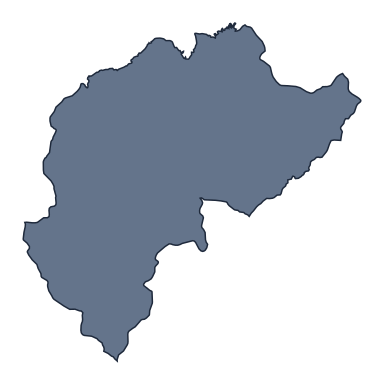 the district of Raman, Yala, Thailand
{"feature_id": "78962969B66156572835957", "entity_name": "Raman", "entity_type": "district", "adm_level": 2, "iso_a3": "THA", "parent_name": "Thailand", "parent_adm1": "Yala", "projection": "robinson", "projection_center": [101.443, 6.471], "detail": "fine", "context": "isolated", "style": "filled", "palette": "slate", "viewbox_px": 384, "rotation_deg": 0, "n_neighbors": 0, "source": "geoboundaries", "source_scale": "gbopen_adm2", "svg_char_len": 5769}
<svg xmlns="http://www.w3.org/2000/svg" viewBox="0 0 384 384"><path d="M342.6,73.5L340.3,74.5L338.1,75.9L336.5,77.3L331.2,85.2L329.6,86.0L327.2,86.6L322.7,86.7L320.5,88.7L316.9,90.0L314.0,92.4L312.3,93.1L310.6,93.2L306.5,91.7L300.2,87.8L295.9,86.5L288.1,85.8L281.3,85.5L279.6,84.8L276.3,81.6L273.2,77.2L272.3,75.1L271.7,73.1L270.4,67.4L269.5,66.0L263.5,61.3L260.7,59.8L260.1,59.3L259.8,58.4L259.8,57.4L260.4,55.8L261.7,53.8L265.1,51.0L264.8,47.9L264.3,46.0L262.2,41.5L256.3,35.2L251.6,28.1L250.1,27.1L246.6,26.4L245.0,24.9L242.6,26.3L239.8,29.8L237.4,30.9L235.3,31.2L235.4,30.3L236.2,29.2L234.2,28.5L233.8,27.3L234.1,25.6L235.6,23.7L235.5,23.3L234.8,23.0L234.0,23.7L233.8,24.8L232.6,26.9L231.5,24.4L230.5,23.5L229.8,23.7L230.2,25.0L231.4,25.9L231.1,27.8L230.2,27.0L229.6,25.5L229.0,25.2L228.6,26.1L228.9,27.4L228.8,28.4L227.8,27.3L227.1,27.0L226.7,27.6L227.0,28.5L225.5,28.4L224.9,29.0L224.8,30.1L223.9,30.5L223.4,30.1L222.5,28.4L222.2,28.5L221.5,29.6L221.5,30.3L222.2,31.3L222.1,31.8L220.7,31.3L218.3,31.1L217.5,31.7L217.6,32.4L218.4,33.5L217.4,34.5L216.5,34.7L215.3,33.6L214.4,33.9L214.3,34.5L215.7,35.6L215.1,35.9L215.5,37.0L215.3,38.0L212.9,37.0L210.9,37.3L210.6,36.9L210.6,36.0L209.0,35.3L208.6,35.8L207.8,35.6L206.6,34.4L202.1,33.6L199.5,34.0L195.9,33.3L194.9,33.5L194.8,34.0L195.6,36.1L196.4,40.4L196.7,43.0L196.5,44.4L195.8,45.3L195.1,47.9L193.5,49.8L193.9,51.2L193.8,52.1L193.1,52.5L191.8,52.1L191.5,52.2L191.6,54.9L190.1,56.8L189.1,58.6L188.3,59.2L185.5,58.9L185.7,57.4L185.5,57.0L184.7,58.3L183.9,58.3L181.2,54.1L181.3,53.7L182.9,52.9L183.5,51.8L183.5,51.3L181.9,52.2L181.0,52.3L180.4,51.7L180.1,50.6L178.7,50.5L176.6,47.5L174.8,47.6L174.2,46.6L172.4,42.1L171.6,41.3L169.9,40.6L165.9,40.6L163.8,38.9L161.8,38.4L159.9,38.1L156.1,38.3L154.8,38.7L152.0,41.4L151.2,41.6L151.4,42.8L149.6,43.4L149.0,42.8L148.6,43.7L147.5,44.5L147.2,45.6L145.3,48.6L141.0,52.8L140.1,53.3L139.4,53.0L138.9,53.2L138.6,54.1L138.0,54.6L138.1,55.5L137.7,56.3L136.7,56.2L134.0,57.2L132.5,59.1L131.3,59.7L130.9,60.9L132.0,62.0L131.6,63.1L128.6,63.9L126.8,66.0L126.1,65.9L123.9,67.2L118.5,69.3L117.4,70.5L117.0,70.4L116.8,69.8L116.0,69.5L113.9,69.9L112.6,68.4L109.6,68.6L108.1,69.5L105.6,69.5L102.6,70.4L101.4,70.1L99.5,70.7L99.3,71.3L97.8,72.3L96.7,72.3L91.5,76.0L90.2,76.0L89.6,76.5L89.3,76.0L88.7,76.1L88.5,76.8L87.8,77.5L87.5,79.0L88.8,80.3L88.9,81.3L88.8,82.1L88.1,82.9L87.6,84.4L88.0,85.8L87.9,87.1L87.6,87.7L87.0,87.8L86.3,87.0L85.6,86.8L84.8,85.0L83.7,84.1L83.0,83.6L81.8,83.6L81.0,84.0L80.2,87.2L78.9,89.3L77.1,91.4L72.2,95.8L65.3,98.0L63.9,98.9L61.8,101.9L56.0,107.1L54.3,111.5L50.3,116.9L50.0,118.2L50.0,121.0L51.0,125.5L51.3,126.3L52.8,127.2L54.0,128.5L55.5,129.2L56.0,129.7L56.2,130.6L55.3,132.9L53.2,137.0L52.5,139.7L51.6,140.6L51.0,141.7L49.5,152.6L46.8,156.1L46.2,157.4L44.9,158.2L43.6,160.8L43.3,161.9L43.4,170.1L43.9,173.5L51.1,180.9L53.0,184.1L54.0,186.3L54.0,188.8L56.0,196.1L55.6,197.6L56.1,202.9L55.9,204.7L54.5,206.1L50.9,206.8L49.3,208.3L49.0,210.3L49.3,214.3L49.1,216.5L47.5,217.7L43.6,217.8L37.4,222.4L35.1,222.8L32.3,222.8L26.6,222.2L24.8,222.4L25.4,224.1L25.2,226.8L24.0,232.3L23.2,239.1L23.5,240.0L27.1,243.1L29.4,246.4L29.4,248.4L27.6,250.9L27.3,251.9L27.7,252.8L28.7,254.9L32.2,259.8L36.9,264.4L38.2,268.6L40.9,273.5L41.2,276.5L41.8,277.4L47.0,280.5L47.9,281.8L48.0,283.2L47.6,284.8L47.7,286.7L48.8,290.8L51.8,295.8L52.8,297.9L54.0,299.3L64.2,306.2L69.7,309.3L75.0,309.2L79.4,310.8L81.4,311.1L82.8,312.7L82.3,315.4L82.6,319.4L82.4,321.5L81.6,323.4L81.1,325.5L80.9,330.3L81.3,332.8L82.6,334.6L84.2,335.4L91.6,336.2L97.1,338.7L98.4,340.3L102.1,342.9L102.6,345.0L103.7,346.9L104.2,349.0L103.8,351.3L108.1,353.4L111.5,356.1L113.4,356.9L114.7,358.8L117.2,361.0L117.1,359.7L118.6,354.9L123.5,351.0L127.1,345.1L127.8,343.5L128.0,341.6L127.8,334.2L128.1,332.4L129.1,331.0L132.6,328.4L135.2,326.8L141.0,320.1L142.1,319.5L144.5,319.2L146.4,318.0L149.1,315.3L149.4,314.6L149.7,310.5L152.3,303.2L152.4,301.9L152.0,291.8L151.6,291.2L149.8,290.4L143.8,285.6L143.6,284.7L143.8,283.9L145.4,281.8L148.3,280.7L151.2,278.8L152.5,276.8L154.8,271.9L154.8,267.4L155.9,265.7L157.8,263.7L158.3,262.6L158.1,261.5L155.7,259.7L155.3,258.9L155.5,257.1L156.2,255.2L157.5,253.0L165.0,246.6L169.1,243.9L171.1,244.0L172.8,244.7L175.4,245.2L177.8,245.2L180.1,244.5L182.3,243.4L192.8,240.7L194.3,241.1L195.6,242.4L199.0,248.9L201.0,250.9L202.8,251.4L204.5,250.8L205.4,250.0L206.8,247.7L207.6,244.3L206.2,242.2L205.5,239.8L205.1,232.5L203.6,229.6L201.9,227.6L201.6,226.6L201.6,225.4L203.4,217.8L202.8,216.0L200.1,213.6L199.7,212.7L199.6,210.5L200.0,208.5L202.2,204.4L202.6,202.8L201.9,200.7L200.1,198.2L201.2,197.9L201.9,198.1L204.4,199.8L215.6,200.3L220.9,200.9L226.2,201.9L227.1,202.5L227.8,204.0L229.2,205.7L234.1,209.5L234.8,209.9L238.0,210.4L239.6,211.9L243.8,212.5L245.1,213.8L247.7,214.8L249.2,216.4L251.2,213.2L253.6,210.7L256.6,206.8L258.5,205.0L260.8,203.6L263.1,201.1L266.7,198.4L269.4,198.6L272.5,198.2L274.2,197.5L277.1,195.1L280.2,194.9L281.1,193.6L282.2,189.5L283.1,188.1L285.6,186.0L286.2,184.0L287.9,182.8L287.8,179.9L291.3,179.1L292.6,176.3L293.2,176.2L294.6,176.9L295.1,178.3L295.5,178.6L298.4,178.3L301.2,176.5L302.4,175.2L303.4,174.8L304.2,173.5L304.2,172.7L305.8,171.4L308.5,170.9L309.2,169.7L308.7,168.1L308.9,167.2L310.1,165.1L310.6,161.9L311.7,160.8L314.4,159.4L316.4,157.4L318.2,157.1L320.0,157.5L322.0,157.2L326.5,151.6L327.5,149.7L329.5,143.9L331.1,140.6L334.1,140.0L340.7,140.4L341.7,133.9L342.3,131.9L341.6,130.3L340.8,129.3L340.6,127.9L340.9,126.9L343.8,123.4L344.4,120.8L345.5,118.7L348.5,118.7L350.7,115.3L353.4,113.4L354.5,111.8L356.4,106.1L357.5,104.2L360.4,101.8L360.8,100.9L360.7,100.2L359.1,98.5L357.0,97.0L352.0,94.0L349.2,91.5L348.4,89.6L348.2,88.2L348.5,82.2L347.7,79.2L344.4,76.1L342.6,73.5Z" fill="#64748b" stroke="#1e293b" stroke-width="1.5"/></svg>